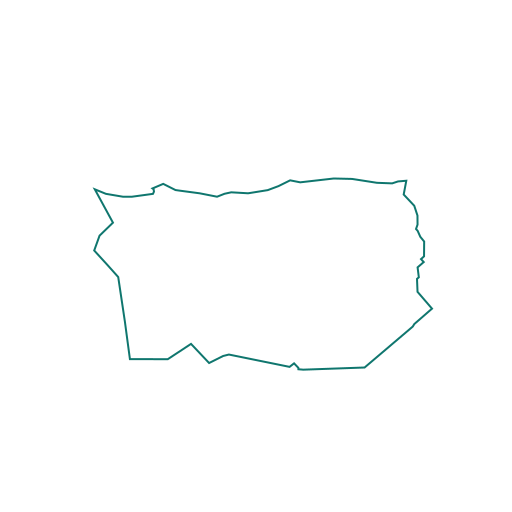 the district of Orange, California, United States of America, rotated 139°
{"feature_id": "52423323B24970459595653", "entity_name": "Orange", "entity_type": "district", "adm_level": 2, "iso_a3": "USA", "parent_name": "United States of America", "parent_adm1": "California", "projection": "mercator", "projection_center": [-117.816, 33.667], "detail": "fine", "context": "isolated", "style": "outline", "palette": "teal", "viewbox_px": 512, "rotation_deg": 139, "n_neighbors": 0, "source": "geoboundaries", "source_scale": "gbopen_adm2", "svg_char_len": 955}
<svg xmlns="http://www.w3.org/2000/svg" viewBox="0 0 512 512"><g transform="rotate(139 256 256)"><path d="M247.2,100.6L184.0,99.9L181.1,100.8L162.2,100.8L157.7,100.8L157.6,123.0L149.5,133.1L147.1,133.1L141.5,141.4L133.4,141.4L133.5,145.4L129.4,145.5L119.6,156.6L119.4,162.7L117.5,168.9L117.5,171.4L113.5,173.7L107.6,180.6L103.6,190.1L104.2,205.5L93.2,214.2L99.9,219.1L105.6,221.5L116.7,231.9L131.8,249.8L133.0,251.2L146.5,263.5L174.3,282.6L180.6,290.7L193.2,294.0L203.9,298.0L220.8,308.5L232.9,320.3L238.9,323.6L246.5,326.3L257.4,340.3L270.9,355.6L273.5,358.6L278.7,371.3L289.8,374.9L289.5,373.5L290.8,371.5L293.0,370.5L311.0,382.3L317.5,388.0L328.5,401.4L333.9,412.1L342.1,375.0L360.7,374.0L374.5,366.3L374.0,346.6L373.8,330.5L398.0,292.5L418.8,260.9L390.3,236.0L362.7,232.3L361.6,206.0L358.9,205.3L346.4,202.1L341.1,199.4L303.4,150.3L297.7,150.0L297.4,143.8L298.3,142.7L294.9,139.2L247.2,100.6Z" fill="none" stroke="#0f766e" stroke-width="2"/></g></svg>